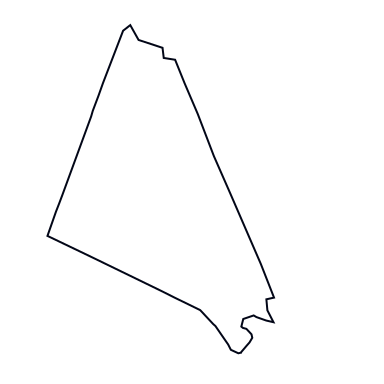 outline of Suffolk, Virginia, United States of America, rotated 110°
{"feature_id": "52423323B25569178497638", "entity_name": "Suffolk", "entity_type": "district", "adm_level": 2, "iso_a3": "USA", "parent_name": "United States of America", "parent_adm1": "Virginia", "projection": "natural_earth1", "projection_center": [-76.578, 36.74], "detail": "fine", "context": "isolated", "style": "outline", "palette": "ink", "viewbox_px": 384, "rotation_deg": 110, "n_neighbors": 0, "source": "geoboundaries", "source_scale": "gbopen_adm2", "svg_char_len": 740}
<svg xmlns="http://www.w3.org/2000/svg" viewBox="0 0 384 384"><g transform="rotate(110 192 192)"><path d="M73.5,253.1L75.7,264.4L66.6,269.0L67.4,294.2L56.3,307.1L64.0,311.9L120.1,312.9L133.4,312.8L149.7,313.0L155.5,312.6L239.4,312.8L248.5,312.9L256.9,313.1L282.7,312.8L287.6,263.0L295.4,187.8L295.4,187.7L297.2,172.3L300.2,143.9L300.9,142.5L308.9,126.8L309.9,124.2L319.3,111.0L322.9,105.9L327.0,101.5L327.7,93.3L326.2,91.0L325.9,91.1L317.8,88.1L313.7,86.5L308.4,85.5L305.4,87.4L302.0,94.1L302.3,97.7L301.6,99.6L293.8,100.4L289.3,94.8L286.9,91.8L287.5,88.7L287.4,78.3L286.5,70.9L277.4,80.7L267.4,85.4L263.2,78.8L236.2,102.6L180.0,155.8L150.8,183.7L116.8,213.2L92.4,236.1L73.5,253.1Z" fill="none" stroke="#020617" stroke-width="2"/></g></svg>